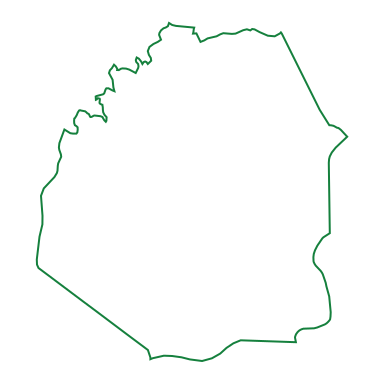 SVG path tracing the border of Atakora
{"feature_id": "BEN-2181", "entity_name": "Atakora", "entity_type": "Department", "adm_level": 1, "iso_a3": "BEN", "parent_name": "Benin", "parent_adm1": "", "projection": "robinson", "projection_center": [1.484, 10.71], "detail": "fine", "context": "isolated", "style": "outline", "palette": "green", "viewbox_px": 384, "rotation_deg": 0, "n_neighbors": 0, "source": "natural_earth", "source_scale": "10m", "svg_char_len": 2646}
<svg xmlns="http://www.w3.org/2000/svg" viewBox="0 0 384 384"><path d="M274.7,36.3L280.0,33.4L280.9,32.4L281.8,33.6L319.7,109.8L329.3,125.2L331.1,125.3L333.5,125.8L335.2,126.7L336.2,127.3L337.2,127.8L338.1,127.9L338.6,128.1L340.9,129.9L347.2,136.7L335.7,147.6L331.8,152.5L329.8,156.4L329.1,159.1L328.8,162.8L329.8,233.2L327.6,234.6L323.4,237.3L322.8,237.9L322.3,238.4L317.4,245.6L315.0,250.3L313.8,253.9L313.4,257.1L313.5,260.5L313.6,261.6L313.8,262.2L314.6,263.9L315.7,265.6L320.7,270.9L321.9,272.6L322.8,274.3L325.7,282.8L326.4,286.3L329.2,296.4L330.7,312.2L330.5,316.6L330.1,319.3L329.5,320.3L328.1,321.9L326.6,323.3L324.9,324.4L317.2,327.5L314.1,328.3L303.4,328.7L301.5,329.3L299.6,330.3L298.6,331.1L297.5,332.2L296.0,334.3L295.4,335.9L295.0,337.2L295.1,338.1L295.9,342.2L240.7,340.3L233.4,343.3L226.6,347.8L220.2,353.6L211.9,358.3L202.1,361.0L189.8,359.4L181.5,357.3L172.1,356.0L163.9,355.7L152.8,358.2L150.4,359.2L150.4,357.5L147.9,350.0L127.3,334.6L99.5,313.7L82.9,301.3L71.7,292.9L53.2,279.0L38.5,268.0L37.0,264.6L36.8,259.5L39.5,236.7L42.4,224.4L42.5,215.8L41.0,195.8L43.8,188.4L54.4,177.1L56.9,173.0L57.5,170.7L57.8,165.7L58.2,163.3L61.2,156.8L60.9,154.4L59.3,149.9L58.9,147.5L59.4,143.1L64.4,129.5L70.3,133.2L73.0,133.6L76.4,133.6L77.3,132.4L77.7,129.8L77.6,127.3L76.4,126.1L74.9,125.2L74.2,123.2L74.1,120.7L74.3,118.5L75.0,118.0L76.7,115.2L77.8,112.5L79.1,110.5L80.0,110.2L80.9,110.5L85.1,111.3L86.4,112.3L87.4,113.4L88.5,113.8L89.0,114.3L90.0,116.5L90.4,117.0L91.6,116.9L93.7,115.7L94.5,115.5L100.5,116.2L102.4,117.0L103.0,118.1L104.3,120.3L105.8,121.8L106.4,120.8L106.6,117.2L104.4,114.7L103.2,112.3L102.9,109.9L102.8,107.4L102.4,104.8L102.1,104.8L100.2,103.8L99.7,103.4L99.5,102.4L99.9,99.6L99.7,98.7L97.8,98.2L96.6,99.5L95.9,99.8L95.7,96.5L96.7,96.0L103.1,94.3L104.2,93.4L105.6,89.4L106.4,88.3L108.5,88.3L112.4,90.4L114.4,91.2L113.4,87.4L112.6,79.8L109.0,73.1L109.9,70.3L111.9,68.2L114.0,64.7L115.8,66.4L117.3,68.9L117.1,70.0L118.8,70.1L119.8,69.5L120.8,68.8L122.5,68.4L126.1,68.6L129.3,69.6L135.7,73.0L138.2,67.9L138.5,66.2L138.1,64.0L136.2,61.9L135.8,60.1L136.7,57.5L138.9,58.7L141.2,61.6L142.4,64.0L143.7,62.1L145.1,61.5L146.5,62.1L147.8,64.0L151.2,60.7L150.8,57.9L148.9,54.9L147.8,51.1L149.5,46.9L153.4,44.0L157.8,41.9L161.0,39.7L159.1,34.9L159.4,33.1L161.0,30.4L163.5,28.3L165.8,27.5L165.9,27.4L167.9,26.2L169.0,23.0L172.2,25.0L176.0,25.9L194.2,27.6L193.8,29.0L193.4,32.1L193.0,33.6L196.4,33.4L200.5,41.9L204.3,40.4L207.6,38.4L216.6,36.3L220.3,34.3L223.3,33.2L231.9,33.9L235.6,33.6L243.2,30.2L246.9,29.3L250.3,30.4L252.2,29.0L254.6,29.4L259.6,32.1L267.8,35.7L274.7,36.3Z" fill="none" stroke="#15803d" stroke-width="2"/></svg>